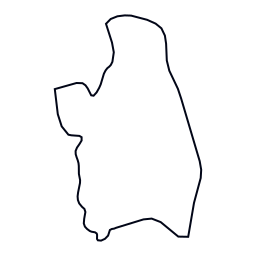 an SVG outline of Nueva Ecija
{"feature_id": "PHL-2557", "entity_name": "Nueva Ecija", "entity_type": "Province", "adm_level": 1, "iso_a3": "PHL", "parent_name": "Philippines", "parent_adm1": "", "projection": "natural_earth1", "projection_center": [120.9, 15.651], "detail": "fine", "context": "isolated", "style": "outline", "palette": "ink", "viewbox_px": 256, "rotation_deg": 0, "n_neighbors": 0, "source": "natural_earth", "source_scale": "10m", "svg_char_len": 1070}
<svg xmlns="http://www.w3.org/2000/svg" viewBox="0 0 256 256"><path d="M101.1,240.6L97.9,240.3L97.0,238.9L97.1,234.9L96.7,233.5L95.0,232.3L91.5,231.7L89.8,231.0L87.0,228.9L84.9,226.6L83.8,223.4L84.2,218.7L85.4,212.0L84.4,208.9L82.0,206.8L79.2,203.4L77.9,200.0L77.6,196.4L78.1,192.4L80.0,183.0L80.1,180.1L78.9,173.9L78.8,165.9L78.5,163.1L77.7,160.2L76.6,157.2L75.7,154.2L75.6,151.0L77.0,147.6L79.5,144.0L81.6,140.5L81.6,137.2L79.4,135.9L71.3,135.3L68.4,134.7L61.7,126.4L57.8,114.2L54.8,89.1L76.5,83.0L82.5,83.2L85.5,85.3L87.7,88.4L91.2,95.3L93.6,95.7L96.6,92.4L99.2,87.8L100.7,84.4L103.9,73.7L105.6,70.4L107.4,68.1L109.2,66.7L110.8,65.0L112.4,61.8L113.8,52.3L112.0,42.6L106.0,23.8L110.7,19.0L117.4,16.3L124.7,15.4L131.1,15.6L147.1,19.8L155.6,23.6L161.4,28.3L164.9,35.6L166.1,43.7L166.8,60.5L169.3,70.7L177.9,88.8L181.2,98.7L199.7,161.2L201.2,169.8L200.7,178.0L194.0,202.9L188.2,236.8L178.3,236.6L160.7,222.1L151.7,218.6L143.5,219.4L116.1,227.8L114.2,228.6L111.8,229.0L109.9,230.0L108.1,235.6L105.0,238.8L101.1,240.6Z" fill="none" stroke="#020617" stroke-width="2"/></svg>